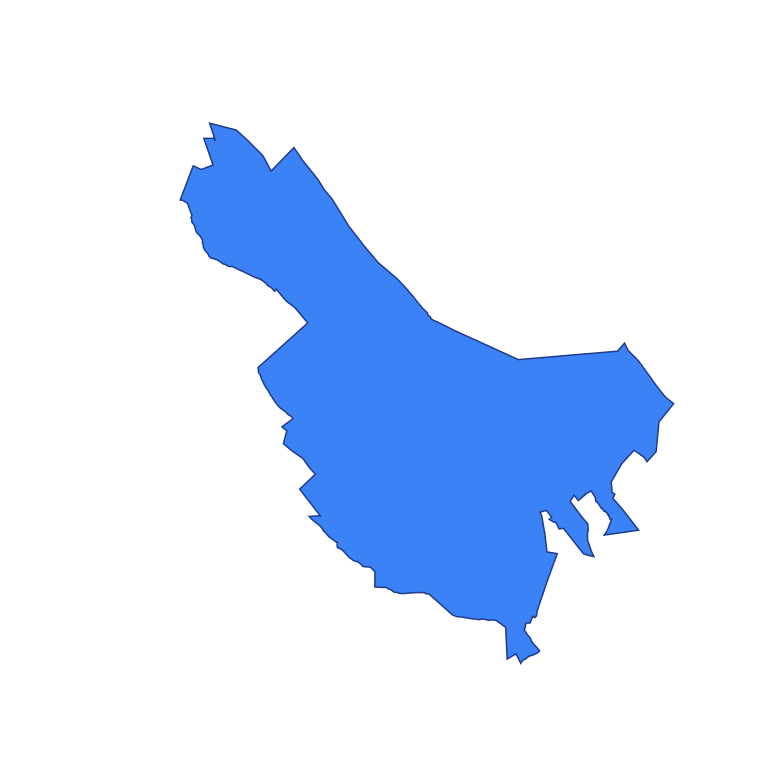 the district of Arteaga, Coahuila, Mexico, rotated 215°
{"feature_id": "50627088B72985207362422", "entity_name": "Arteaga", "entity_type": "district", "adm_level": 2, "iso_a3": "MEX", "parent_name": "Mexico", "parent_adm1": "Coahuila", "projection": "mercator", "projection_center": [-100.619, 25.345], "detail": "fine", "context": "isolated", "style": "filled", "palette": "blue", "viewbox_px": 768, "rotation_deg": 215, "n_neighbors": 0, "source": "geoboundaries", "source_scale": "gbopen_adm2", "svg_char_len": 6026}
<svg xmlns="http://www.w3.org/2000/svg" viewBox="0 0 768 768"><g transform="rotate(215 384 384)"><path d="M210.4,555.5L211.6,544.8L216.7,540.5L220.7,537.2L230.1,529.3L237.0,523.6L244.6,517.3L259.9,504.4L262.7,502.1L288.0,481.0L295.6,479.6L315.1,476.0L328.8,473.5L334.1,472.5L341.1,471.2L344.2,470.6L350.8,469.4L357.8,468.1L364.1,467.2L369.8,466.4L375.7,465.5L379.7,464.6L382.7,464.4L385.0,465.6L386.5,465.4L387.7,465.7L389.1,467.1L390.8,467.4L392.5,467.8L394.9,468.0L403.3,470.2L404.5,470.6L405.6,470.9L407.7,471.6L413.5,473.2L416.2,473.8L418.5,474.6L433.3,477.7L458.4,480.1L475.6,484.7L479.5,485.7L502.4,492.8L502.9,492.9L513.7,497.6L524.1,502.1L532.3,505.6L545.0,509.1L553.5,512.9L557.2,514.2L579.3,520.6L584.9,522.8L593.4,526.0L598.6,493.7L611.8,500.4L614.5,501.5L615.1,501.7L635.2,505.3L650.6,507.3L676.4,497.6L668.4,491.6L666.0,490.0L665.9,490.1L665.7,489.9L665.7,489.6L665.5,489.2L665.1,488.7L664.2,488.2L664.0,488.5L662.1,486.7L662.2,486.4L664.2,487.7L672.5,481.9L649.7,465.3L656.7,454.9L665.4,453.3L664.9,451.2L656.5,417.9L654.5,418.8L654.2,418.9L653.2,419.1L652.0,419.1L651.3,419.2L650.4,419.1L649.3,419.3L648.5,419.3L647.6,418.7L646.9,418.0L645.7,417.4L645.1,416.8L644.1,416.2L643.1,415.4L642.1,414.8L641.1,413.9L639.7,413.2L638.6,412.4L638.2,412.0L637.7,411.1L637.7,410.3L637.6,409.5L636.2,408.7L635.2,407.7L634.3,406.4L632.6,405.9L631.2,405.5L629.7,404.7L627.9,403.2L626.7,402.2L625.5,401.2L624.2,400.6L620.4,399.9L619.1,399.5L617.4,398.8L615.9,398.1L614.5,397.0L614.0,395.8L613.1,394.9L612.2,394.6L611.4,394.1L610.9,393.0L610.1,392.2L609.3,391.8L608.8,391.5L607.1,390.7L605.8,390.4L604.7,390.0L603.5,389.8L602.5,389.5L601.7,389.0L600.4,388.2L599.0,388.0L597.6,387.9L596.9,388.2L596.0,388.8L594.9,389.2L593.5,389.4L592.7,389.7L592.0,390.0L591.1,390.1L590.0,390.1L589.0,390.1L587.7,390.1L586.6,390.2L585.9,390.1L584.6,390.1L583.6,390.4L583.0,390.8L582.0,390.9L581.2,391.0L580.2,391.0L579.5,391.1L578.7,391.2L578.1,391.5L577.6,391.9L576.8,392.3L576.3,393.1L567.2,394.6L564.7,395.1L558.1,396.2L550.2,397.5L549.8,397.6L549.0,397.9L548.4,398.3L547.3,398.5L546.2,398.5L545.6,398.9L543.5,398.9L542.7,399.1L541.7,398.9L540.7,398.8L539.9,398.7L539.2,399.0L538.7,399.1L537.6,398.5L536.2,398.0L534.9,398.0L533.7,398.1L532.7,398.3L531.4,398.2L530.6,398.1L529.6,397.9L528.3,397.6L527.5,397.4L526.7,397.3L526.5,399.9L523.3,399.0L515.8,396.9L511.1,395.8L501.0,395.5L499.5,395.1L482.7,390.6L481.5,390.2L491.2,348.5L493.6,338.1L496.2,327.1L496.5,325.0L496.3,324.7L495.2,324.0L494.4,322.4L493.8,322.0L493.0,321.5L492.3,321.0L491.3,320.7L489.9,320.0L487.6,318.1L487.0,317.7L486.2,317.3L485.4,316.8L484.4,316.3L483.5,316.0L483.1,315.5L482.1,314.9L481.4,314.7L480.7,314.4L479.5,313.8L478.2,313.2L477.6,313.0L476.6,312.7L475.6,312.3L474.4,311.8L473.1,311.1L471.9,310.5L470.7,309.9L470.0,309.6L469.1,309.3L468.6,309.2L467.7,308.9L466.0,308.0L464.8,307.6L463.5,307.1L462.5,306.7L461.2,306.4L460.2,306.0L459.3,305.7L458.1,305.4L456.7,305.1L455.9,304.9L454.5,304.8L453.3,304.8L451.7,304.8L450.3,304.9L450.0,304.8L449.3,304.8L447.8,304.5L446.8,304.4L445.9,304.1L445.3,304.1L445.2,304.0L444.5,304.0L443.8,304.1L443.2,304.3L441.5,304.1L439.7,303.8L438.9,303.6L438.9,302.6L443.1,290.4L436.7,289.8L432.2,277.4L420.7,276.4L407.8,276.5L399.0,273.3L393.5,271.8L388.5,270.8L391.4,256.2L392.8,249.5L381.0,245.8L371.6,242.9L360.7,239.5L369.3,232.6L368.1,232.5L367.0,232.0L364.7,231.7L363.0,231.5L360.8,231.4L358.0,231.3L355.3,231.1L354.3,230.9L352.8,230.4L350.8,229.8L350.0,229.1L345.9,228.5L341.3,227.2L334.3,227.2L331.1,227.2L330.1,225.2L328.2,223.2L327.4,223.5L325.7,223.9L323.9,224.1L322.9,224.1L321.9,223.9L315.2,222.4L312.5,221.9L309.9,222.0L307.7,221.8L302.9,223.4L298.8,223.0L296.9,222.4L293.6,223.9L292.4,225.0L291.3,225.5L290.2,226.0L289.1,226.0L283.8,225.1L275.1,212.5L270.9,215.0L265.2,218.8L263.4,218.6L259.6,219.5L257.8,219.1L255.4,219.6L254.1,220.7L251.9,221.1L248.7,222.8L238.7,231.1L230.6,236.7L229.8,236.0L226.8,237.8L214.0,236.3L195.6,234.1L193.2,234.6L190.3,235.5L188.1,236.9L175.8,242.9L173.1,244.7L171.5,245.0L168.4,248.1L162.2,250.8L161.5,251.9L156.6,254.7L153.6,254.6L144.7,254.4L125.3,229.3L123.2,234.0L121.2,238.5L118.8,237.5L114.6,235.2L111.7,233.6L111.9,236.4L111.9,236.5L111.7,237.1L111.6,237.4L111.4,238.3L111.3,238.9L110.9,239.6L110.7,239.5L110.1,240.7L110.0,241.3L109.9,242.1L109.7,242.6L109.2,243.4L109.3,244.3L108.5,244.9L108.1,245.3L107.7,245.9L107.5,246.1L106.6,247.4L106.0,248.4L105.5,249.3L105.2,249.7L105.1,249.9L104.9,250.2L104.7,250.5L104.5,250.8L104.2,251.3L104.1,251.5L104.0,252.2L103.9,252.3L103.8,252.9L103.6,253.4L103.4,254.5L104.2,254.9L105.0,255.1L105.7,255.3L106.6,255.5L108.9,256.1L110.4,256.4L113.1,257.1L114.5,257.4L114.7,257.5L115.1,257.8L116.1,258.4L116.5,258.5L117.1,258.9L118.1,259.7L120.3,260.4L121.7,260.6L122.9,260.8L123.6,261.2L125.2,262.0L126.0,262.2L126.7,262.4L127.7,262.7L130.6,269.6L127.3,272.0L127.8,274.2L129.0,279.1L127.5,279.0L126.5,279.0L126.2,280.9L126.1,281.5L127.9,285.0L128.0,285.2L128.2,285.5L129.1,288.6L129.5,289.6L131.1,295.1L132.7,300.6L132.8,300.8L133.2,302.5L133.7,304.1L134.1,305.4L134.2,305.8L134.3,306.2L135.5,309.8L144.8,344.4L154.2,339.9L166.3,353.5L179.0,366.3L182.6,368.5L180.8,370.8L178.4,373.6L170.2,371.0L171.1,367.9L165.7,368.2L163.9,369.3L157.4,365.7L154.3,368.7L123.1,359.3L118.5,360.8L113.1,363.0L118.0,365.8L127.6,372.8L132.1,378.9L132.3,380.5L136.8,386.3L145.7,388.6L164.2,394.6L164.5,401.9L158.0,400.0L155.7,408.7L156.2,408.9L153.0,415.1L146.4,412.6L143.4,409.6L142.9,409.4L142.5,409.4L142.4,409.4L142.1,409.7L138.6,408.4L134.2,406.7L133.5,407.2L130.8,406.0L129.8,406.9L129.5,406.3L127.4,406.3L125.4,405.8L125.6,405.2L124.2,405.0L123.9,404.4L123.0,404.3L121.5,403.0L120.6,403.4L120.0,403.9L117.0,391.9L117.0,386.5L91.6,410.3L115.6,417.8L131.1,421.7L131.7,426.1L134.8,426.0L141.7,434.1L142.5,443.4L143.5,455.3L142.5,463.3L141.2,473.2L128.4,473.1L124.0,471.2L122.3,484.7L137.0,510.6L135.5,534.0L145.8,534.7L157.7,538.1L163.0,539.9L172.8,543.4L180.7,546.1L188.3,548.8L203.6,551.6L210.4,555.5Z" fill="#3b82f6" stroke="#1e3a8a" stroke-width="1.5"/></g></svg>